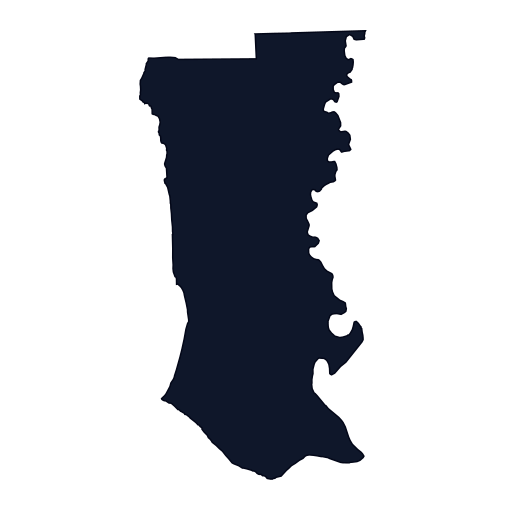 Kiang West, Lower River, Gambia, rotated 269°
{"feature_id": "56634734B57370738255875", "entity_name": "Kiang West", "entity_type": "district", "adm_level": 2, "iso_a3": "GMB", "parent_name": "Gambia", "parent_adm1": "Lower River", "projection": "orthographic", "projection_center": [-15.997, 13.345], "detail": "fine", "context": "isolated", "style": "filled", "palette": "ink", "viewbox_px": 512, "rotation_deg": 269, "n_neighbors": 0, "source": "geoboundaries", "source_scale": "gbopen_adm2", "svg_char_len": 6073}
<svg xmlns="http://www.w3.org/2000/svg" viewBox="0 0 512 512"><g transform="rotate(269 256 256)"><path d="M73.4,345.4L83.5,342.3L88.0,340.1L90.0,338.7L93.2,335.9L102.2,325.5L105.2,323.2L105.8,322.0L106.8,321.4L115.3,314.6L117.3,312.8L118.2,311.6L122.4,309.8L126.9,309.4L127.9,309.7L131.5,309.7L135.1,310.3L137.3,310.9L141.8,310.9L147.0,312.3L149.0,313.2L152.5,316.4L152.9,317.4L152.4,322.4L150.6,324.8L149.0,325.8L146.4,327.0L142.3,327.6L137.3,327.7L136.5,328.3L135.9,329.5L137.5,332.6L144.1,338.6L148.3,344.0L168.2,360.4L170.4,361.6L172.3,361.6L174.9,361.4L177.9,360.8L181.6,360.4L181.8,359.8L183.2,359.8L184.6,358.6L186.8,357.2L188.8,355.2L188.7,354.0L188.1,353.0L183.8,352.0L180.6,351.0L177.2,349.0L175.4,347.6L175.4,346.6L174.6,345.6L173.4,341.5L173.0,338.3L174.6,333.1L175.6,332.3L177.6,330.1L180.9,327.7L183.1,327.1L184.9,326.9L188.8,326.8L188.2,327.0L189.4,326.8L195.0,328.9L196.6,331.1L197.0,333.9L197.0,336.1L196.2,340.1L198.0,343.5L199.2,344.9L201.8,345.4L204.0,344.8L206.5,344.6L207.5,344.4L208.9,342.2L210.3,339.0L215.0,333.4L218.8,331.8L221.7,331.2L228.1,331.2L231.1,331.8L233.4,332.6L234.8,332.5L236.0,332.1L237.0,331.5L239.6,326.7L242.1,324.1L245.3,322.3L248.7,320.7L250.8,318.9L251.2,318.1L251.4,316.3L252.2,313.7L253.8,311.5L254.6,310.7L256.1,309.5L257.5,308.9L258.3,308.7L261.9,308.7L262.9,309.1L263.7,309.7L264.1,310.3L264.3,311.9L264.3,314.9L267.7,318.5L270.2,319.4L272.6,318.0L273.4,316.6L273.8,315.4L273.8,313.0L275.0,310.2L276.3,308.4L279.1,307.6L285.3,309.6L286.7,309.6L290.4,308.0L291.8,307.2L293.0,306.8L296.0,306.8L298.3,308.4L300.7,313.3L304.1,317.5L306.1,318.1L307.7,317.7L309.1,314.1L310.8,312.9L314.2,311.9L316.6,311.5L319.1,311.8L321.2,313.2L321.5,313.9L321.4,315.1L320.9,316.4L320.1,316.7L319.3,318.2L319.3,319.1L319.8,320.7L321.7,322.5L322.8,322.8L325.2,325.5L326.5,327.6L327.2,329.2L328.4,331.4L328.9,334.7L329.9,336.3L330.5,336.8L334.5,336.2L336.1,336.3L339.2,337.3L340.7,338.5L343.0,338.4L346.7,337.5L349.1,336.3L349.1,335.0L348.7,333.6L348.7,330.9L349.2,329.8L350.3,329.0L352.4,329.0L355.7,330.2L359.5,334.7L360.9,337.2L361.0,337.9L361.3,338.4L361.4,339.3L361.3,341.1L360.2,342.2L358.8,343.0L358.4,343.5L359.1,345.9L359.7,351.3L360.9,352.6L361.5,352.4L365.6,350.5L366.9,350.8L371.0,352.4L375.1,351.9L377.3,350.3L378.9,348.3L379.2,347.2L378.6,342.9L379.4,341.8L380.6,340.7L381.6,340.8L384.6,342.9L387.9,342.9L395.0,340.3L397.6,338.2L398.7,336.9L398.8,335.8L398.5,334.4L398.0,333.7L397.4,330.9L398.5,329.4L399.3,326.7L400.5,325.8L402.1,325.9L406.4,327.2L407.8,327.8L408.8,328.4L411.7,333.1L411.8,333.8L411.4,335.5L410.4,336.6L409.0,337.4L408.4,338.9L408.8,339.7L409.5,340.0L414.1,341.7L416.8,341.6L417.7,340.8L417.7,338.8L418.0,337.6L418.8,336.8L419.3,336.8L421.0,336.1L424.4,336.1L425.8,337.1L428.2,340.4L428.3,341.2L428.3,343.1L428.0,344.1L427.4,344.2L426.0,346.2L425.8,346.8L425.8,347.6L428.2,354.6L429.7,354.6L430.6,354.3L431.1,353.3L433.6,350.4L434.9,349.8L436.1,349.9L437.6,351.5L438.2,353.3L440.9,355.3L441.7,355.3L442.7,355.8L445.2,356.3L448.2,356.6L450.7,356.4L451.5,355.1L451.7,354.2L450.9,352.6L450.7,351.5L452.1,349.6L454.8,348.3L459.3,347.8L460.5,347.8L462.4,348.1L463.6,349.2L464.5,349.7L469.6,349.0L473.7,350.1L475.6,353.0L475.6,353.9L474.8,355.2L474.4,355.7L474.1,356.5L471.0,357.9L470.4,360.0L470.9,368.0L472.2,368.5L473.6,368.1L474.7,368.1L476.3,368.6L477.6,368.6L479.3,369.4L478.4,295.0L478.2,294.3L478.2,277.4L478.0,258.9L477.6,259.1L453.1,259.8L453.9,181.7L455.7,178.7L456.2,173.7L456.2,169.3L455.5,157.3L455.8,152.3L455.5,151.9L455.0,151.7L452.9,151.6L450.2,149.7L449.3,149.7L444.5,148.4L442.8,148.4L441.4,147.2L440.7,147.2L435.6,144.8L433.6,143.5L429.9,143.2L427.5,143.5L424.1,143.6L421.4,143.2L419.1,143.3L418.0,142.6L414.9,142.6L413.4,144.6L413.3,145.0L412.2,145.5L411.2,147.2L410.3,147.4L410.6,148.0L410.6,149.3L410.5,150.4L409.8,151.5L408.2,152.0L407.9,152.3L408.1,152.8L407.3,153.8L406.2,153.9L404.4,154.7L400.0,154.7L399.4,155.7L399.4,156.3L398.9,157.8L398.3,158.6L397.8,160.0L397.2,160.7L395.0,161.9L391.3,162.6L390.4,162.3L389.6,162.3L386.6,161.3L383.1,161.3L382.4,160.7L381.6,160.7L380.2,161.4L378.8,161.4L377.7,162.5L375.6,162.8L373.3,162.8L371.7,163.1L370.6,163.8L370.3,165.5L369.3,167.0L368.5,167.6L365.3,168.6L363.4,168.4L362.2,168.9L360.0,168.9L358.5,168.5L356.2,168.3L350.1,166.3L349.0,166.3L347.4,166.8L345.4,168.0L335.9,168.4L335.9,169.1L335.6,167.7L334.6,166.9L334.6,166.1L333.8,165.7L333.0,165.7L330.3,166.3L330.3,166.7L326.1,168.9L319.4,170.3L317.4,170.9L312.5,171.3L310.3,171.3L309.1,171.7L305.5,171.7L299.8,172.2L293.6,172.4L286.5,173.0L281.9,173.0L280.8,173.2L278.8,173.2L278.8,172.8L265.1,172.9L255.8,172.7L248.5,173.0L244.9,172.8L241.5,173.1L236.8,174.7L236.4,175.5L234.8,176.1L229.1,176.1L229.3,177.3L227.3,179.5L225.7,180.9L223.1,182.3L220.6,183.3L217.6,183.8L210.3,185.4L203.5,186.6L201.2,186.6L193.2,187.6L191.3,187.5L189.9,186.5L184.1,184.7L174.0,182.7L164.3,180.4L156.1,178.2L143.4,174.4L137.5,172.4L136.3,172.2L134.1,171.2L130.5,168.7L127.0,167.7L119.8,163.7L118.0,162.3L115.1,159.1L114.3,159.4L113.3,160.8L112.9,161.9L112.7,163.3L110.5,166.5L110.5,167.7L110.1,168.9L107.4,171.9L103.8,175.3L103.8,176.3L102.1,177.9L101.9,178.5L99.9,181.7L98.9,182.1L98.7,183.5L96.1,186.7L95.2,187.3L90.8,192.7L89.4,194.1L88.4,194.8L88.1,195.9L86.5,197.2L85.1,199.0L83.7,199.0L80.7,201.2L77.6,204.2L75.2,205.2L73.8,206.8L72.3,208.0L70.5,209.0L67.3,212.9L64.0,216.1L61.4,219.1L57.1,222.3L53.9,225.1L49.6,228.5L48.6,230.3L46.6,235.1L44.2,238.7L44.2,239.7L43.3,243.3L41.9,247.7L41.1,249.1L41.1,250.3L40.5,251.5L39.3,252.9L38.8,253.1L37.8,254.7L37.6,255.7L37.6,257.3L36.2,258.7L36.2,259.9L36.0,260.7L35.2,261.9L33.4,263.3L32.7,266.7L32.7,268.6L33.3,269.4L33.3,270.3L33.7,271.5L34.3,272.1L34.5,272.7L35.5,277.3L41.2,282.7L43.0,284.9L45.8,287.8L48.0,291.6L51.0,295.8L52.8,299.4L55.0,301.6L55.8,303.2L56.2,305.7L55.8,309.7L55.2,313.5L54.3,317.7L54.3,318.9L53.1,324.5L52.3,325.9L48.2,336.9L47.8,339.3L47.6,345.7L48.0,346.3L48.3,349.8L48.7,353.4L49.9,356.4L52.6,359.6L54.0,360.4L56.4,359.0L58.0,357.6L60.8,354.2L66.1,349.0L70.0,346.8L73.4,345.4Z" fill="#0f172a" stroke="#020617" stroke-width="1.5"/></g></svg>